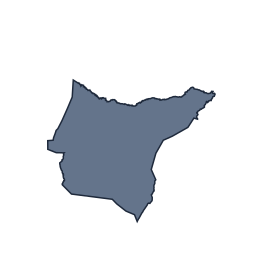 outline of Dashinchilen, Bulgan, Mongolia, rotated 45°
{"feature_id": "93677404B19716621729133", "entity_name": "Dashinchilen", "entity_type": "district", "adm_level": 2, "iso_a3": "MNG", "parent_name": "Mongolia", "parent_adm1": "Bulgan", "projection": "albers", "projection_center": [104.04, 47.859], "detail": "fine", "context": "isolated", "style": "filled", "palette": "slate", "viewbox_px": 256, "rotation_deg": 45, "n_neighbors": 0, "source": "geoboundaries", "source_scale": "gbopen_adm2", "svg_char_len": 5742}
<svg xmlns="http://www.w3.org/2000/svg" viewBox="0 0 256 256"><g transform="rotate(45 128 128)"><path d="M170.9,72.6L170.5,72.2L169.4,72.1L168.8,71.8L168.1,70.7L168.1,69.6L168.0,69.2L167.9,69.0L166.8,68.7L166.2,68.4L166.0,68.7L165.7,68.5L165.7,68.1L165.9,67.8L166.0,67.6L165.7,67.2L165.6,66.5L166.1,64.9L166.1,64.4L165.8,63.5L166.2,63.1L166.6,62.8L166.6,61.8L167.0,60.8L167.3,59.5L167.2,59.0L166.5,58.7L166.0,58.0L166.0,57.3L166.1,57.1L166.0,56.6L165.5,55.0L164.9,54.2L164.8,53.8L164.9,53.5L165.3,53.4L165.9,53.8L166.2,53.8L166.3,52.5L165.9,51.9L165.9,51.7L166.3,51.3L166.6,50.3L167.1,50.1L167.4,49.9L167.4,49.7L166.9,49.2L166.9,48.7L166.5,47.9L166.5,47.0L165.9,46.1L166.0,45.5L166.6,44.6L165.6,42.5L164.8,42.3L164.5,42.4L163.9,43.5L162.9,43.6L162.3,42.5L162.3,41.3L162.2,42.0L162.2,42.7L161.3,42.8L161.2,42.9L161.2,43.1L161.5,43.3L161.5,45.1L161.6,45.3L161.4,45.6L160.9,46.1L160.4,47.0L159.5,47.6L158.6,47.7L157.0,49.1L156.6,49.3L156.4,49.3L156.4,49.0L156.0,48.5L155.4,48.6L155.0,48.9L154.9,49.2L154.1,50.0L153.2,50.1L152.9,50.4L151.7,50.5L150.9,51.2L149.8,51.6L148.4,52.7L147.0,53.6L146.0,53.1L145.1,53.3L144.6,53.8L144.4,54.4L144.1,54.9L144.0,55.5L144.2,55.8L144.0,56.9L144.3,57.6L144.2,58.3L143.7,59.2L144.3,60.8L144.1,61.1L143.6,61.3L143.5,61.8L143.2,62.2L143.3,62.6L143.9,63.3L144.5,63.5L144.4,63.7L144.5,64.3L144.2,64.5L144.1,66.7L144.1,66.9L143.8,67.3L144.0,68.1L143.5,68.6L143.4,68.8L143.2,68.9L143.1,69.1L142.4,69.4L142.1,69.9L142.0,70.3L141.0,71.1L140.5,71.3L139.6,72.1L139.0,72.3L138.6,73.2L138.0,73.6L137.6,74.4L137.1,75.8L136.3,76.9L136.1,77.4L136.1,78.2L135.8,78.6L135.8,79.1L135.3,79.7L135.2,80.1L134.9,80.4L134.8,81.0L134.3,81.5L133.9,81.6L133.9,81.9L133.5,82.0L133.5,82.4L132.8,82.7L132.7,83.1L132.3,83.3L132.2,83.9L132.0,84.1L131.9,84.6L131.3,85.1L131.1,85.5L130.4,85.0L129.8,85.3L129.7,85.4L129.8,85.7L129.5,85.7L129.3,86.0L128.6,86.4L128.2,86.8L127.9,86.8L127.5,87.0L127.5,87.3L127.0,87.5L126.3,88.2L126.0,87.9L125.7,87.9L124.2,89.1L123.7,89.8L123.3,90.9L123.3,91.2L122.9,91.5L122.7,91.9L122.0,92.5L121.6,93.3L121.8,93.7L121.5,93.8L121.4,94.2L121.0,94.1L120.9,94.3L121.0,94.6L120.5,95.1L120.5,95.7L120.6,95.9L120.0,96.4L120.0,96.6L119.8,96.8L119.8,97.8L119.0,98.3L119.1,98.8L118.9,98.9L118.7,99.7L119.3,100.2L119.0,101.1L118.9,101.2L119.0,101.4L118.2,101.5L118.2,102.3L117.7,102.8L117.8,103.4L117.5,103.7L117.5,104.0L117.1,104.6L117.8,105.3L117.5,105.6L117.5,105.8L117.5,106.0L117.8,106.2L117.6,106.5L117.7,107.0L117.3,107.7L116.6,108.2L116.1,109.0L115.0,108.8L114.5,109.2L114.4,109.7L114.5,109.9L113.8,110.1L113.4,110.5L113.3,110.9L112.7,110.8L112.6,111.0L112.8,111.3L112.7,111.4L111.9,111.4L112.0,111.6L111.8,111.7L111.9,111.9L111.8,112.1L111.5,112.0L111.3,112.2L109.1,112.9L109.0,113.0L108.9,113.2L108.6,113.3L108.7,113.9L107.6,114.4L106.6,115.0L105.9,115.8L105.6,115.9L105.5,116.2L104.4,116.7L103.8,116.7L103.5,117.2L103.0,117.4L102.5,118.0L102.0,118.0L101.8,117.8L101.5,117.8L101.4,117.4L101.1,117.3L100.2,117.4L100.3,117.6L100.2,117.7L99.8,117.4L99.4,117.5L98.9,117.4L98.7,117.7L98.4,117.6L98.3,117.8L98.5,118.4L98.2,118.1L97.9,118.1L97.1,118.7L97.1,118.9L97.1,119.3L96.9,119.3L96.6,119.8L96.2,120.0L96.2,120.8L96.4,121.4L96.2,121.8L96.3,122.2L95.7,122.6L95.6,123.3L94.9,123.7L94.7,124.2L94.2,123.9L93.9,123.8L92.8,124.1L92.6,124.3L92.5,124.2L92.5,123.7L92.1,123.6L91.8,123.2L91.6,123.2L91.2,122.9L91.0,123.5L90.8,123.6L90.2,123.7L89.7,123.9L89.4,124.3L89.0,124.1L88.9,124.2L88.3,125.0L88.7,125.3L88.7,125.5L88.4,125.2L88.2,125.4L88.3,125.9L88.0,126.1L88.3,126.3L87.6,126.2L87.3,126.3L87.7,127.0L87.5,126.8L87.2,127.1L87.4,127.4L87.1,127.8L86.2,127.5L85.8,127.7L85.3,127.6L85.3,127.3L84.8,127.4L84.2,127.3L83.8,127.6L83.4,127.1L83.1,127.0L82.9,127.1L82.9,127.5L82.4,127.2L82.2,127.3L82.3,127.7L82.2,127.8L81.8,127.7L81.8,127.8L82.0,128.1L81.8,128.2L81.4,128.0L81.6,127.5L81.4,127.3L80.9,127.7L80.2,127.5L79.5,128.0L79.5,127.9L79.2,127.8L78.9,128.4L78.6,128.4L78.4,128.5L78.3,128.4L77.9,128.7L77.5,128.4L76.8,128.7L76.3,128.4L75.3,128.5L75.1,128.3L74.8,128.4L74.3,128.2L74.3,128.6L74.1,128.8L73.9,128.6L73.7,128.7L73.3,129.2L73.1,129.7L72.6,129.5L71.7,129.5L71.2,130.0L70.6,130.0L70.4,129.9L70.4,129.6L70.3,129.4L69.0,129.7L68.2,129.4L67.9,129.6L68.1,130.0L67.7,129.9L67.3,130.2L67.2,130.0L66.8,129.8L66.9,129.6L66.4,129.3L66.2,129.5L65.7,129.6L65.2,129.9L65.1,130.1L65.1,130.7L64.9,130.4L64.8,130.5L64.8,130.8L64.7,130.8L64.5,130.4L63.9,130.5L63.8,130.8L64.0,131.1L63.8,131.0L63.6,131.2L62.8,131.2L62.0,130.7L61.4,131.4L61.0,131.3L61.0,131.5L55.4,132.8L66.7,145.6L71.3,156.9L76.1,169.4L78.9,178.1L78.9,180.5L80.4,183.4L82.2,187.4L83.7,189.6L80.2,193.7L86.4,199.8L94.7,196.2L100.3,190.8L100.3,191.3L100.5,191.4L100.7,192.0L101.5,192.3L102.5,194.2L103.4,194.8L103.8,195.3L104.2,196.9L104.2,197.0L103.9,197.1L103.9,197.3L104.7,198.1L104.4,200.9L105.2,201.7L106.2,202.2L106.8,202.9L107.7,203.3L108.2,203.8L109.1,204.1L110.7,204.9L111.2,204.8L111.9,205.0L113.3,206.2L114.1,206.3L114.4,206.1L114.8,206.2L115.1,206.4L115.1,207.0L116.0,207.3L116.0,207.7L117.5,208.8L118.1,208.9L118.3,209.2L119.0,209.1L119.9,209.7L120.2,210.1L119.9,210.4L119.8,210.6L120.2,211.0L120.2,211.7L120.5,212.1L120.4,212.4L120.7,212.7L121.0,214.0L121.6,214.1L121.7,214.6L134.7,214.7L167.3,189.5L173.7,189.6L185.3,188.2L193.9,184.7L200.6,187.6L199.7,184.9L199.6,184.0L197.9,178.3L197.8,177.1L197.2,175.3L196.9,173.4L196.0,168.7L195.5,167.7L195.6,166.7L196.5,166.1L196.8,165.8L196.5,164.5L196.6,163.3L196.1,161.9L194.3,160.0L192.1,159.0L191.6,158.5L191.8,157.3L191.5,156.9L191.0,155.5L190.9,154.0L190.3,153.8L190.2,153.3L189.3,152.8L188.3,151.5L187.3,150.8L186.7,149.8L186.2,148.3L184.4,146.5L184.3,145.0L173.8,140.9L165.6,126.2L161.6,111.7L165.1,102.5L169.9,85.2L167.6,74.4L170.9,72.6Z" fill="#64748b" stroke="#1e293b" stroke-width="1.5"/></g></svg>